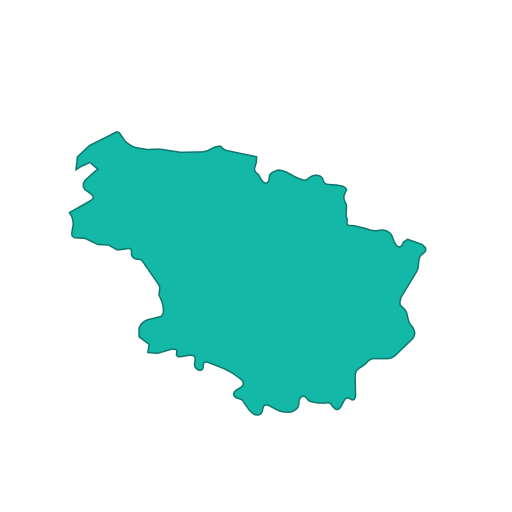 the Metropolitan department of Haute-Marne, rotated 333°
{"feature_id": "FRA-5300", "entity_name": "Haute-Marne", "entity_type": "Metropolitan department", "adm_level": 1, "iso_a3": "FRA", "parent_name": "France", "parent_adm1": "", "projection": "equal_earth", "projection_center": [5.241, 48.141], "detail": "fine", "context": "isolated", "style": "filled", "palette": "teal", "viewbox_px": 512, "rotation_deg": 333, "n_neighbors": 0, "source": "natural_earth", "source_scale": "10m", "svg_char_len": 3364}
<svg xmlns="http://www.w3.org/2000/svg" viewBox="0 0 512 512"><g transform="rotate(333 256 256)"><path d="M157.7,82.0L188.3,82.1L190.2,84.0L191.4,93.8L192.4,96.5L193.9,99.5L196.2,102.9L199.0,105.5L207.5,111.8L218.8,117.1L235.9,129.4L255.9,139.1L260.5,140.2L268.3,140.2L272.3,141.1L274.6,142.4L274.6,142.9L274.7,143.8L275.6,145.8L277.4,148.4L301.6,167.9L298.9,172.6L294.1,177.7L293.6,180.2L294.1,182.3L295.1,184.4L295.4,190.4L296.0,193.6L297.5,195.5L299.4,195.9L301.5,194.8L302.7,193.2L303.9,191.4L305.1,189.9L307.3,189.1L309.5,188.9L314.7,189.4L317.5,191.3L321.0,194.7L326.9,203.4L330.4,207.6L333.4,210.4L335.7,211.0L340.7,210.2L343.4,210.3L346.5,211.4L348.4,212.9L349.4,213.9L349.9,215.1L350.3,216.2L350.4,217.8L349.9,221.1L350.1,221.8L350.7,223.3L352.3,224.7L360.3,229.5L365.0,233.2L366.6,235.8L366.8,238.1L362.9,241.2L361.2,242.9L360.3,245.1L360.0,247.1L359.9,250.0L359.6,251.6L359.0,253.3L354.3,261.3L354.1,264.2L353.0,266.3L351.9,268.0L351.6,269.7L352.8,271.0L357.3,273.7L365.8,280.9L369.9,285.1L372.9,287.2L375.6,288.5L378.2,289.3L380.8,290.5L383.6,292.7L385.0,294.9L386.0,297.1L386.3,299.5L385.6,305.7L385.6,308.1L386.1,311.1L387.7,313.0L389.8,313.3L391.9,312.2L393.6,310.5L398.7,310.0L409.2,321.1L410.7,325.3L410.4,326.8L409.3,328.5L407.1,329.4L404.6,329.8L401.6,331.0L399.6,333.2L394.8,340.5L391.9,342.9L366.1,358.9L363.2,362.6L362.2,365.5L364.2,370.8L364.6,374.3L363.1,380.4L362.4,384.1L362.4,387.2L363.1,390.0L363.3,392.9L362.5,396.8L360.4,399.2L358.0,400.8L334.4,408.0L331.8,408.3L329.2,408.0L326.6,407.2L313.3,400.4L309.0,400.2L304.8,401.8L299.1,402.7L296.6,402.8L293.4,403.8L291.6,405.5L290.0,407.7L282.2,423.8L281.1,426.1L279.9,427.4L278.2,428.4L276.3,427.9L274.8,425.6L273.4,424.0L271.2,423.6L269.2,424.6L262.2,429.5L259.7,430.0L257.7,429.2L256.2,426.0L255.5,421.5L254.7,420.3L253.3,419.2L250.5,418.3L244.4,415.0L239.9,411.6L237.6,409.4L236.7,407.1L236.5,405.1L235.7,403.4L234.0,402.0L231.1,402.4L229.4,403.7L227.9,405.4L227.1,407.3L225.6,408.9L223.8,410.3L221.5,410.9L219.1,411.2L216.7,411.0L214.3,410.1L209.5,407.3L206.9,405.1L204.4,402.0L200.4,396.2L198.1,393.4L195.1,392.9L193.6,394.2L190.8,397.4L189.5,398.4L187.7,399.0L185.3,398.5L182.7,396.7L180.8,392.8L180.0,389.9L178.7,380.8L178.6,378.9L178.6,378.5L176.7,376.0L174.3,373.7L173.0,371.4L173.4,368.7L175.2,367.2L177.5,366.5L182.3,366.2L184.5,365.8L186.5,364.5L187.2,362.7L187.2,360.7L186.5,358.6L181.9,349.7L176.5,342.0L164.0,327.9L161.4,327.4L160.0,328.4L158.1,331.6L156.5,332.8L154.5,332.6L152.7,331.3L151.4,328.4L151.5,326.0L152.4,323.9L155.0,320.4L155.6,318.8L155.6,317.5L154.6,316.1L152.4,314.4L143.6,311.7L140.9,310.4L140.1,308.2L142.5,304.4L141.9,302.6L139.1,300.8L124.1,298.0L115.8,292.9L120.7,286.3L115.1,275.0L119.0,267.2L122.7,264.6L126.6,263.5L130.6,263.6L144.2,266.8L147.6,264.7L150.0,259.9L151.4,254.2L151.9,247.1L152.2,246.1L155.2,241.7L156.1,239.8L156.3,237.3L152.4,208.5L151.8,207.2L150.8,206.2L147.9,204.4L146.6,203.0L145.7,201.2L145.5,199.0L146.0,197.4L147.5,194.9L147.6,193.4L146.9,192.1L145.9,191.4L136.5,188.3L134.7,187.0L129.6,179.2L120.5,174.1L111.7,162.7L102.8,157.5L101.3,154.8L102.0,152.3L107.6,144.7L109.1,140.8L109.8,136.7L109.4,132.6L134.6,131.5L137.6,130.5L137.9,127.5L133.6,118.9L133.6,115.7L135.3,112.7L138.0,111.0L152.0,107.2L154.6,107.2L150.5,97.2L140.1,96.8L134.8,97.4L141.9,86.6L157.7,82.0Z" fill="#14b8a6" stroke="#0f766e" stroke-width="1.5"/></g></svg>